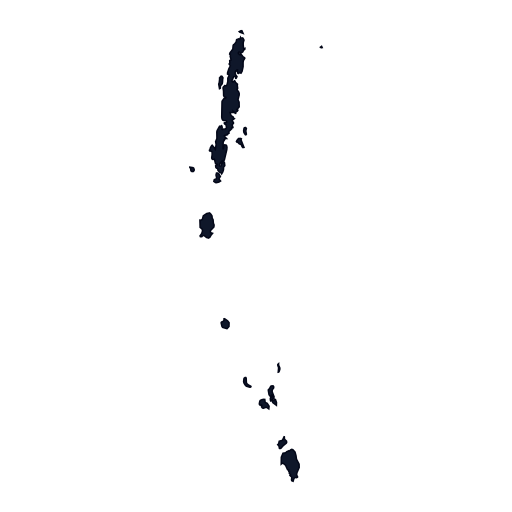 Andaman and Nicobar, Mercator projection
{"feature_id": "IND-2474", "entity_name": "Andaman and Nicobar", "entity_type": "Union Territory", "adm_level": 1, "iso_a3": "IND", "parent_name": "India", "parent_adm1": "", "projection": "mercator", "projection_center": [93.022, 10.213], "detail": "fine", "context": "isolated", "style": "filled", "palette": "ink", "viewbox_px": 512, "rotation_deg": 0, "n_neighbors": 0, "source": "natural_earth", "source_scale": "10m", "svg_char_len": 6024}
<svg xmlns="http://www.w3.org/2000/svg" viewBox="0 0 512 512"><path d="M243.1,56.8L244.6,57.7L244.8,58.3L243.4,60.6L243.1,62.5L243.1,66.7L242.1,71.3L241.0,73.2L239.2,72.5L238.9,73.2L238.4,73.5L237.5,73.0L237.5,69.8L237.0,69.8L237.0,71.2L235.7,71.0L235.2,72.1L235.2,73.6L235.5,74.5L237.0,76.6L236.7,77.3L236.1,78.4L235.7,78.4L235.6,77.2L235.1,76.6L233.7,76.6L231.9,80.9L232.4,81.7L233.1,82.0L234.4,80.7L234.9,81.0L235.5,82.4L237.5,84.2L237.3,85.4L237.7,88.3L237.0,89.6L238.8,92.1L239.2,93.5L239.2,95.0L238.0,99.8L239.1,102.1L239.2,106.9L236.9,109.6L237.9,110.2L237.4,111.1L235.8,112.2L235.7,113.4L235.2,113.4L234.4,112.0L233.1,111.1L233.5,112.5L230.0,112.5L231.1,115.6L233.0,116.8L233.5,117.5L233.5,118.3L234.3,118.7L232.1,120.4L232.5,121.5L233.4,122.3L233.5,123.3L232.1,124.9L233.0,127.4L232.8,127.7L231.6,127.7L231.7,128.8L228.7,131.7L229.1,133.1L227.4,134.0L227.6,134.6L226.9,135.0L225.0,135.3L224.3,135.8L224.9,136.8L226.5,138.5L225.1,138.5L224.7,138.8L224.3,139.4L224.8,139.4L223.2,141.9L223.0,148.8L223.5,148.8L224.0,145.3L224.6,144.8L226.2,145.1L226.7,145.9L227.0,147.4L226.8,149.7L224.4,159.9L224.1,160.4L222.1,160.8L219.6,163.7L219.5,166.0L220.4,166.2L221.0,166.0L221.3,165.5L221.3,163.1L222.6,163.5L222.5,162.3L222.9,161.6L223.5,161.5L224.3,162.2L224.5,162.8L224.8,165.7L223.6,167.1L223.5,169.8L222.8,171.9L221.7,173.8L221.4,173.0L219.9,172.5L218.0,170.5L217.7,168.7L216.4,168.1L215.8,167.3L215.6,165.7L216.0,165.3L217.1,165.0L217.3,164.4L216.9,164.0L215.5,163.6L214.4,159.2L212.9,159.5L211.9,158.8L211.7,157.7L212.1,154.8L212.1,152.1L211.9,151.7L210.0,150.8L209.6,150.9L209.4,150.2L209.9,149.7L210.4,147.7L211.8,145.4L212.3,145.2L213.9,147.5L214.2,147.7L215.1,147.4L214.7,148.5L214.9,149.3L215.3,149.6L216.1,144.5L215.6,141.6L216.9,138.5L216.8,132.0L217.1,130.6L219.4,126.5L219.9,127.3L220.4,127.3L220.8,126.1L221.4,125.6L221.9,126.0L222.2,127.5L221.8,129.3L222.4,129.6L223.2,129.1L224.8,129.1L226.0,128.5L226.5,127.3L225.9,124.6L224.9,124.2L224.3,123.5L224.4,122.8L224.7,122.9L226.6,122.3L226.5,121.5L226.2,120.8L225.6,120.6L224.1,120.6L222.7,120.1L222.0,118.8L221.7,117.1L222.0,101.6L222.3,100.8L224.1,98.4L225.6,98.2L225.9,97.4L224.1,96.6L223.6,95.5L223.5,91.0L223.0,88.0L223.2,87.2L224.8,85.5L226.1,85.9L227.0,84.7L227.8,81.5L227.8,78.1L229.2,75.3L228.9,74.8L227.5,74.1L227.6,72.5L228.9,68.6L230.4,65.8L229.1,64.0L229.8,63.1L229.7,60.5L231.1,59.9L230.2,56.4L230.4,55.0L229.6,54.1L230.0,52.8L232.8,49.1L233.1,45.6L233.5,44.7L234.4,44.2L236.1,42.0L236.6,39.6L238.8,38.8L239.6,39.5L240.5,39.2L240.1,38.5L240.5,37.4L240.8,38.1L242.5,37.9L243.0,38.2L244.0,40.1L243.3,42.4L243.2,44.4L243.6,48.7L244.9,48.3L244.8,49.3L243.5,50.3L242.8,51.9L240.0,53.7L240.0,52.5L239.5,51.9L238.8,52.0L238.3,52.7L238.4,53.8L239.2,54.5L240.1,54.9L241.4,54.6L243.1,56.8ZM296.5,459.2L299.1,464.1L299.2,467.5L296.9,472.8L296.6,475.1L297.5,476.5L297.5,477.2L296.6,477.7L294.7,477.5L293.9,478.7L293.1,481.3L291.7,480.7L291.5,479.8L291.8,477.2L289.9,475.4L290.5,474.6L289.3,473.4L289.2,472.8L289.6,472.0L288.7,471.3L288.7,469.8L287.6,469.8L285.6,465.4L284.7,464.5L283.5,463.6L282.2,463.2L281.2,464.1L281.3,457.2L283.0,453.2L285.6,452.8L286.7,451.7L288.7,450.8L289.1,451.3L290.7,449.8L291.8,449.3L292.9,449.7L295.0,452.0L296.0,455.6L296.5,459.2ZM213.1,219.7L213.4,223.2L214.1,225.0L213.9,227.0L210.4,230.7L210.5,232.6L212.6,233.3L210.8,235.5L210.1,237.0L208.6,238.1L206.5,237.5L204.2,235.6L202.8,235.6L201.8,236.7L200.4,236.7L200.0,235.9L201.6,233.7L202.3,231.7L202.5,230.2L202.0,229.0L200.1,227.4L199.9,220.1L200.5,220.2L201.9,219.7L202.4,219.1L203.3,215.8L206.7,213.5L209.6,212.9L210.9,214.2L212.0,215.9L212.2,218.1L213.1,219.7ZM267.2,403.3L269.1,406.2L268.8,408.9L266.7,407.4L265.5,407.5L263.3,408.3L262.4,408.0L261.5,406.8L262.0,405.3L261.5,404.9L261.0,405.3L259.8,405.0L259.4,404.4L259.3,403.7L259.8,401.1L260.4,400.3L261.8,399.7L263.4,399.3L264.8,399.4L265.1,402.0L265.4,402.5L267.2,403.3ZM227.7,320.9L229.1,322.7L229.0,326.5L227.0,328.7L222.6,327.4L221.9,326.3L221.1,322.8L221.5,322.0L222.5,321.7L223.5,321.0L224.1,320.0L223.9,318.9L224.6,318.7L227.7,320.9ZM286.5,441.1L286.7,442.3L286.3,443.2L283.2,445.7L280.9,448.3L279.9,448.6L279.3,448.2L279.1,446.4L277.7,444.6L278.6,443.9L279.2,441.2L282.4,440.3L284.3,436.2L284.5,439.2L286.5,441.1ZM273.8,398.2L272.7,398.7L271.4,400.7L270.7,401.0L270.4,400.3L270.3,398.4L270.5,397.8L271.4,397.3L271.6,396.4L272.7,396.8L272.8,396.4L272.5,395.6L271.6,395.1L271.2,396.3L270.4,396.4L269.6,395.6L269.0,394.6L268.3,390.5L268.3,389.8L269.5,388.6L270.8,386.2L272.0,385.8L273.2,385.9L273.7,386.7L273.7,387.9L272.4,389.7L272.1,391.0L272.3,392.1L274.1,396.8L273.8,398.2ZM219.1,179.2L220.6,181.0L218.9,182.1L216.4,182.7L215.5,182.6L213.8,181.4L214.3,179.6L216.2,178.9L216.6,178.0L216.0,175.0L216.5,173.0L217.7,173.0L219.0,174.1L220.4,176.5L219.3,178.1L219.1,179.2ZM222.0,76.3L223.0,77.9L222.7,79.0L222.5,82.3L222.2,83.8L220.4,86.0L220.3,88.3L219.5,88.7L218.7,84.1L219.2,82.6L219.6,79.0L219.5,77.9L221.1,76.1L222.0,76.3ZM241.0,139.8L244.0,147.4L242.9,147.6L242.0,146.6L241.4,144.8L239.2,143.8L237.7,142.2L236.8,142.1L236.4,141.5L237.0,140.3L238.5,138.5L240.7,138.4L241.4,138.8L241.0,139.8ZM248.4,384.9L250.8,386.2L251.0,386.7L250.5,387.2L249.6,387.2L246.3,386.2L245.0,384.8L244.0,383.1L243.6,381.6L243.9,378.8L244.2,378.1L245.1,377.5L245.8,377.5L246.2,378.1L246.4,382.7L247.1,383.9L248.4,384.9ZM246.4,128.4L245.8,130.9L246.4,134.2L245.8,134.9L245.2,134.6L243.9,132.5L243.6,130.8L244.0,128.4L244.4,127.7L245.6,127.5L246.4,128.4ZM275.5,399.6L276.5,402.5L276.4,405.3L272.9,402.7L272.4,401.7L272.5,400.7L273.0,400.2L274.2,400.5L274.3,399.4L274.8,399.2L275.5,399.6ZM192.9,167.6L193.6,168.0L194.2,169.4L194.1,170.6L193.3,171.5L192.0,171.6L190.9,170.8L190.6,168.4L189.8,167.5L189.8,167.1L192.9,167.6ZM278.6,365.1L279.8,367.8L279.9,369.0L279.3,371.1L278.7,372.1L278.2,372.2L278.6,367.7L277.8,365.5L277.8,364.4L278.6,363.7L278.6,365.1ZM241.9,30.7L243.1,33.4L239.8,32.2L239.2,31.6L241.0,30.7L241.9,30.7ZM321.6,46.3L322.2,47.6L321.2,47.8L320.4,47.2L321.6,46.3Z" fill="#0f172a" stroke="#020617" stroke-width="1.5"/></svg>